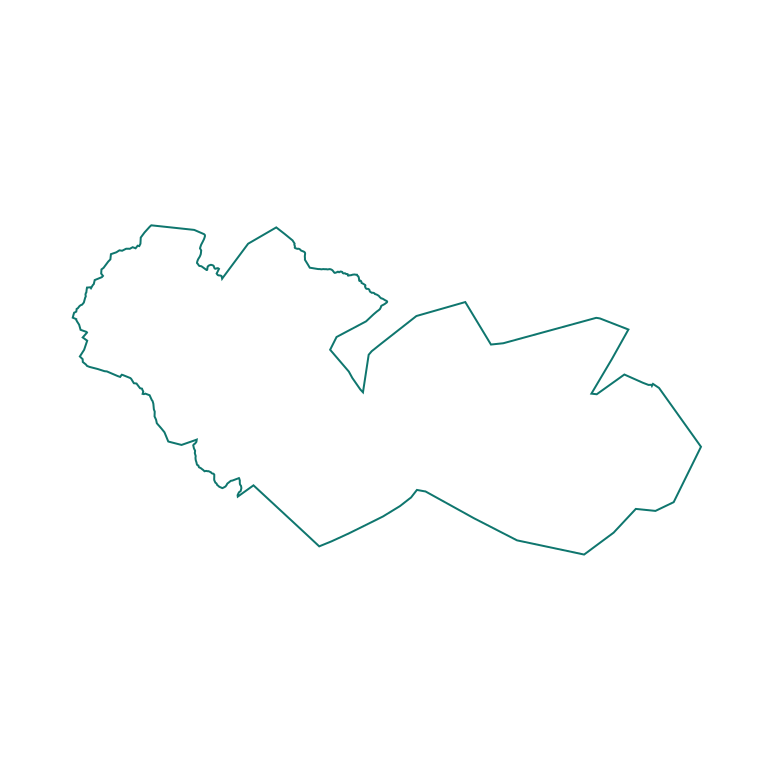 Tlalixtaquilla de Maldonado, Guerrero, Mexico (orthographic projection), rotated 160°
{"feature_id": "50627088B67184194855062", "entity_name": "Tlalixtaquilla de Maldonado", "entity_type": "district", "adm_level": 2, "iso_a3": "MEX", "parent_name": "Mexico", "parent_adm1": "Guerrero", "projection": "orthographic", "projection_center": [-98.386, 17.568], "detail": "fine", "context": "isolated", "style": "outline", "palette": "teal", "viewbox_px": 768, "rotation_deg": 160, "n_neighbors": 0, "source": "geoboundaries", "source_scale": "gbopen_adm2", "svg_char_len": 5986}
<svg xmlns="http://www.w3.org/2000/svg" viewBox="0 0 768 768"><g transform="rotate(160 384 384)"><path d="M158.6,371.7L160.3,372.7L162.0,373.6L258.0,381.5L270.0,384.5L279.6,433.2L330.3,436.8L372.8,422.9L384.4,419.0L388.4,416.7L406.6,383.4L408.1,386.9L411.7,400.5L412.8,407.7L422.9,434.6L412.5,444.4L379.4,449.0L370.8,452.7L369.3,453.3L365.8,454.6L363.7,455.2L362.2,455.8L360.7,457.2L360.1,458.1L359.5,458.4L358.0,458.6L356.1,458.9L353.4,459.7L352.9,460.2L352.9,460.7L353.3,461.3L353.6,461.6L354.0,462.0L354.6,462.7L355.5,463.9L356.2,464.7L356.9,465.2L357.3,465.4L357.6,466.0L358.1,466.8L358.4,467.6L358.7,468.5L359.2,469.2L359.8,470.0L360.5,470.7L361.0,471.1L361.8,471.7L361.9,472.3L362.2,472.8L362.8,473.3L363.3,473.6L364.3,473.9L364.9,474.7L365.5,475.5L365.6,476.1L365.6,476.6L365.6,477.7L366.0,478.4L366.5,478.9L367.1,479.1L367.7,479.3L368.1,479.7L368.4,480.5L368.4,480.8L368.5,481.8L368.4,482.2L368.1,482.4L367.8,482.9L367.8,483.4L368.2,483.9L368.5,484.3L369.2,485.2L369.6,485.7L370.1,486.2L370.5,486.6L370.4,487.3L370.4,487.6L370.3,487.9L370.4,488.4L370.5,488.8L370.8,489.2L371.0,489.2L371.3,489.2L371.6,489.1L371.8,489.3L371.9,489.5L371.9,489.9L371.7,490.2L371.7,490.6L371.4,492.0L371.3,493.1L371.3,493.8L371.4,494.1L371.6,494.3L371.8,494.6L372.0,495.1L372.0,495.6L372.0,495.9L372.2,496.0L373.1,496.3L374.0,496.9L374.7,497.1L375.8,497.4L376.8,497.5L377.9,497.5L378.4,497.7L378.8,497.9L379.2,497.9L380.3,498.0L380.6,498.1L380.8,498.3L380.7,498.6L380.6,499.0L380.5,499.4L380.7,499.6L381.1,500.0L381.6,500.2L382.0,500.5L382.4,500.7L382.6,501.1L382.7,501.3L383.0,501.5L384.0,501.7L384.4,501.9L384.8,502.4L384.9,503.0L384.9,503.5L385.3,503.9L385.6,504.1L386.2,504.5L386.8,504.6L387.2,504.4L387.5,504.3L387.9,504.4L388.2,504.5L388.4,504.8L388.5,505.0L388.9,505.3L389.2,505.3L389.6,505.2L390.1,505.1L390.4,505.2L391.2,505.1L391.8,505.2L392.3,505.3L392.5,505.5L392.8,506.1L392.9,506.7L393.1,507.2L393.6,508.6L394.4,509.6L395.6,510.5L397.9,511.0L399.1,511.7L400.4,512.1L401.6,512.7L402.8,513.0L403.7,513.2L404.7,513.8L406.7,514.6L414.0,518.7L414.6,522.0L415.8,527.8L415.7,528.0L415.4,528.8L415.1,529.8L414.9,530.6L414.5,531.6L413.6,533.3L413.4,534.0L413.4,534.5L413.5,534.9L413.7,535.3L413.9,535.6L414.4,536.1L415.8,537.3L416.4,537.9L416.7,538.8L417.2,539.6L417.8,540.2L418.4,540.5L418.8,540.6L419.1,540.6L419.4,540.8L419.8,541.1L420.5,541.7L421.0,542.1L421.1,542.4L421.2,542.6L421.1,543.0L420.7,543.7L420.6,544.0L420.6,544.3L420.6,545.2L420.6,545.6L420.5,545.8L420.2,546.2L420.0,546.5L420.8,550.2L426.1,559.1L431.7,568.0L463.7,562.3L499.4,538.8L500.1,538.3L499.9,539.7L499.8,540.7L499.8,541.1L500.1,541.4L500.4,541.7L500.9,542.0L501.3,542.2L502.2,542.6L502.8,543.1L503.0,543.4L503.1,543.7L503.5,545.0L499.7,548.6L500.3,549.5L500.6,549.7L501.8,549.9L502.5,549.9L503.1,550.0L503.6,550.5L503.7,551.1L503.7,552.7L503.7,553.3L504.0,553.8L504.4,554.1L504.8,554.5L505.7,555.1L506.4,555.3L507.3,555.2L508.3,555.2L509.1,554.8L509.6,554.5L510.6,552.8L510.8,552.3L511.0,551.9L511.4,551.7L511.7,551.8L512.0,552.2L515.1,556.8L515.6,557.3L516.2,557.6L516.8,557.9L517.1,558.1L517.5,558.8L517.7,560.0L518.3,561.4L518.3,561.8L518.1,562.1L517.5,563.1L516.3,564.5L515.4,565.3L514.6,565.9L513.7,566.6L512.7,567.6L511.7,568.8L511.4,569.4L510.8,570.6L510.1,572.0L510.5,574.4L510.0,575.1L509.5,575.8L508.2,577.4L506.0,579.4L503.7,581.6L502.6,582.9L501.6,584.3L501.4,585.2L501.6,585.9L501.9,586.4L509.3,593.4L509.8,593.8L548.4,612.7L550.2,612.0L557.2,608.3L562.5,604.8L564.9,599.1L566.8,597.3L568.2,598.2L571.0,596.5L573.4,598.5L576.6,598.0L580.0,599.3L584.5,598.8L586.9,600.1L590.5,599.3L595.6,599.4L596.2,599.4L598.5,594.7L601.2,593.4L607.9,589.0L608.0,589.0L610.3,588.3L612.0,584.5L611.1,581.7L612.6,580.9L620.3,580.6L622.5,577.2L624.0,576.4L626.6,574.2L627.0,575.4L627.7,575.5L630.1,576.2L630.7,575.2L632.5,571.7L633.1,571.4L633.9,570.2L634.3,568.3L635.3,567.3L638.2,563.2L640.6,561.8L642.1,561.8L643.6,561.3L645.8,559.9L647.1,559.7L648.4,557.3L649.3,557.1L650.8,557.0L652.2,555.1L653.8,552.8L651.0,550.2L651.3,549.6L651.0,547.5L650.2,544.0L650.6,538.7L648.8,537.2L645.7,534.7L645.5,533.9L651.2,530.8L648.1,526.2L654.1,518.7L660.4,513.9L658.7,510.4L659.5,507.7L658.9,506.7L657.4,504.2L656.9,502.6L654.9,500.8L647.9,496.0L642.2,491.6L640.1,490.6L631.5,482.5L629.5,480.9L627.3,482.4L626.5,481.9L620.3,476.3L619.8,475.3L618.8,470.3L616.4,469.1L615.0,464.5L614.7,463.5L613.5,462.7L613.0,462.4L613.0,460.8L612.8,459.3L614.2,457.3L613.1,456.6L611.6,456.6L608.1,453.6L607.7,448.3L607.3,447.1L607.5,444.3L608.9,439.0L608.9,436.5L610.7,432.0L610.4,428.4L610.9,424.8L608.5,418.6L606.8,413.7L606.4,403.8L605.5,403.1L595.1,396.0L581.6,395.8L579.0,395.8L580.1,393.8L581.8,392.7L583.1,392.4L584.2,391.7L584.4,390.2L584.6,388.7L584.5,387.2L584.3,386.1L584.8,384.8L585.4,383.9L585.5,382.4L585.6,380.7L586.4,379.1L586.8,377.6L587.0,376.3L587.0,375.3L587.1,373.9L587.3,372.9L587.2,371.8L586.4,371.0L586.3,370.9L586.4,370.1L586.3,369.0L585.5,368.2L584.8,367.4L584.1,366.2L583.4,365.2L582.5,363.4L580.9,363.2L579.8,362.5L578.7,362.1L576.8,360.2L576.5,359.2L575.8,358.5L574.9,358.0L574.5,356.9L575.0,355.5L575.7,353.7L576.1,352.8L576.4,351.6L576.2,349.0L575.6,348.1L575.4,347.7L575.3,346.2L574.7,345.3L573.9,343.7L572.9,342.8L571.6,341.5L570.4,341.5L568.0,341.9L566.5,342.9L565.3,344.0L563.1,344.7L561.1,345.4L559.4,345.1L552.5,345.2L552.4,344.8L552.5,342.6L552.8,341.9L553.6,339.5L553.6,338.5L553.2,337.1L553.6,335.0L554.7,333.3L555.4,332.4L557.4,331.8L558.7,330.5L559.6,329.6L559.9,328.2L541.3,333.4L509.3,271.1L500.4,253.6L487.1,254.1L467.5,255.7L467.0,255.8L466.6,255.8L430.0,259.9L427.7,260.4L410.8,263.8L400.0,267.3L399.7,267.4L397.4,268.1L389.3,273.2L382.8,269.4L382.6,269.3L381.8,268.9L345.3,227.0L312.5,191.6L292.6,179.2L254.3,155.3L219.0,165.8L216.1,167.3L190.1,180.5L172.3,171.9L152.2,173.9L107.6,216.6L126.9,286.2L131.2,292.1L131.6,291.8L132.9,290.6L133.0,291.8L135.8,292.7L140.4,296.7L154.9,310.7L187.6,301.6L192.4,304.0L161.2,329.6L135.7,351.6L158.6,371.7Z" fill="none" stroke="#0f766e" stroke-width="2"/></g></svg>